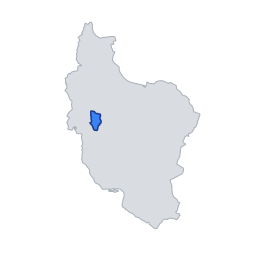 Iran, with Chahar Mahall and Bakhtiari highlighted, rotated 28°
{"feature_id": "IRN-3218", "entity_name": "Chahar Mahall and Bakhtiari", "entity_type": "Province", "adm_level": 1, "iso_a3": "IRN", "parent_name": "Iran", "parent_adm1": "", "projection": "orthographic", "projection_center": [50.632, 31.874], "detail": "fine", "context": "in_parent", "style": "filled", "palette": "blue", "viewbox_px": 256, "rotation_deg": 28, "n_neighbors": 0, "source": "natural_earth", "source_scale": "10m", "svg_char_len": 4430}
<svg xmlns="http://www.w3.org/2000/svg" viewBox="0 0 256 256"><g transform="rotate(28 128 128)"><path d="M123.3,78.4L125.7,78.5L129.9,76.9L130.3,76.5L131.5,73.5L132.9,72.1L135.4,70.5L137.0,69.9L142.8,69.8L143.2,68.6L144.1,67.9L150.4,67.9L151.5,68.8L152.0,70.4L157.3,71.6L158.4,72.0L159.8,73.2L160.9,73.4L162.2,72.8L163.1,73.1L164.4,72.6L168.7,74.1L169.4,76.0L170.2,76.8L171.2,77.5L174.6,78.7L175.6,79.4L178.3,82.7L184.9,82.0L185.4,82.7L185.5,84.2L186.3,87.7L185.9,89.0L186.9,90.1L187.0,92.3L187.5,93.8L187.0,96.0L186.3,96.5L186.9,98.4L186.4,100.3L186.6,101.0L185.7,102.6L185.7,103.2L183.9,104.9L185.5,106.8L183.4,107.2L182.2,109.5L182.9,112.2L182.6,113.6L182.9,114.4L183.5,114.9L186.5,115.1L186.6,115.5L183.9,119.7L184.1,121.2L187.1,128.9L187.1,132.9L187.8,136.9L195.5,137.4L196.4,138.3L197.2,140.5L197.3,142.2L197.2,143.1L189.6,154.3L194.4,159.1L194.7,160.2L197.8,165.0L200.5,167.3L204.9,168.2L207.0,169.9L208.8,169.6L208.9,172.2L210.1,177.5L209.7,180.0L211.3,180.3L213.6,179.7L214.5,180.1L215.0,180.9L214.5,181.5L214.8,183.6L214.2,184.1L214.2,186.1L210.7,186.6L207.5,187.8L206.4,188.7L205.9,190.2L204.8,190.2L204.5,190.7L202.2,192.0L201.8,196.1L201.0,197.2L200.8,203.0L200.2,203.2L199.2,204.3L191.9,203.0L191.1,201.7L190.3,201.5L189.4,203.0L185.7,202.5L184.5,202.9L183.8,202.5L181.8,202.7L180.3,201.9L176.4,202.9L173.9,201.7L171.4,201.5L168.2,201.7L165.6,200.8L164.3,201.3L163.6,200.6L159.8,200.1L158.4,197.6L158.3,196.3L157.3,194.1L156.8,190.8L155.9,188.5L154.2,186.6L149.8,185.7L147.5,186.4L145.9,187.6L143.2,188.4L141.1,190.7L139.9,190.6L134.9,193.8L133.8,193.8L129.9,191.9L128.2,191.6L124.8,191.8L122.9,190.5L122.3,189.5L117.8,187.5L115.0,185.6L114.1,183.8L112.9,182.5L110.2,181.5L108.7,180.4L104.5,180.0L101.6,177.2L101.5,176.2L99.8,173.1L99.5,170.8L99.1,170.2L97.7,169.3L97.4,168.7L97.7,167.3L95.9,166.4L95.6,165.7L95.6,163.4L91.2,158.1L90.3,155.1L89.5,155.0L85.5,156.9L84.3,155.8L80.9,153.9L80.4,153.1L81.3,152.8L82.2,153.2L82.7,152.8L82.5,152.1L81.6,151.7L80.4,151.7L80.8,152.3L79.6,152.9L79.4,153.6L79.6,155.8L79.2,156.5L77.3,156.8L76.1,157.5L75.1,156.6L74.9,155.0L74.2,154.0L73.3,153.6L72.6,152.5L71.4,152.0L71.4,146.4L68.4,146.2L68.5,141.9L70.0,137.7L67.2,133.9L66.1,130.9L65.3,130.3L63.8,130.4L59.0,126.3L57.3,125.2L55.0,124.8L54.7,123.4L55.4,121.9L54.4,119.9L54.0,119.3L53.1,119.0L53.2,117.8L51.9,117.8L49.8,114.2L49.1,113.7L50.5,111.2L49.7,109.0L50.4,107.2L51.6,107.4L52.0,105.0L54.3,102.6L56.2,101.7L56.4,100.9L56.1,99.6L55.0,97.9L55.2,96.5L55.6,95.8L57.6,95.1L57.7,94.8L56.8,94.3L53.4,94.1L51.7,92.4L50.0,91.9L49.1,88.2L48.9,87.8L48.1,87.6L47.6,86.9L47.4,84.5L46.3,83.3L45.6,79.7L45.5,78.9L45.9,78.1L44.1,76.4L44.1,74.1L44.5,73.5L42.4,71.7L41.5,71.6L41.4,71.3L43.1,67.7L43.7,66.9L42.5,66.2L42.6,64.4L42.4,62.9L42.6,61.5L41.9,60.4L41.7,59.7L42.1,58.1L41.3,57.3L41.0,55.6L44.0,55.3L44.7,52.8L45.9,51.7L47.7,53.1L50.1,57.4L51.6,58.7L52.7,60.2L58.4,61.9L59.6,61.5L61.6,61.6L64.2,59.1L65.3,58.8L68.3,56.4L71.9,54.1L73.8,53.8L76.4,56.8L74.8,57.7L74.5,58.5L74.7,59.2L75.9,60.0L76.0,60.9L75.6,61.3L74.0,61.7L73.5,62.5L75.2,64.0L76.0,65.2L77.0,65.5L78.4,67.4L80.7,67.1L81.1,71.6L82.3,75.3L84.8,76.9L91.2,78.2L91.9,78.9L92.9,80.9L94.6,82.4L99.6,85.2L105.1,86.6L108.8,86.4L122.2,82.9L123.5,82.8L121.5,83.7L122.3,84.1L124.0,84.0L124.4,83.7L124.4,83.1L123.3,78.4ZM148.3,188.7L147.5,190.1L146.2,191.2L145.2,190.9L141.2,192.7L140.1,192.6L140.0,192.1L144.3,190.1L144.5,189.6L144.2,188.7L145.7,189.0L147.2,188.1L148.5,187.9L149.2,188.4L148.3,188.7Z" fill="#d9dde1" stroke="#a8b0b8" stroke-width="1"/><path d="M97.1,128.9L97.4,129.2L97.5,129.7L97.6,129.9L97.9,130.0L98.0,130.1L98.1,130.5L98.3,130.8L98.2,131.5L98.3,132.4L99.5,133.3L99.9,133.7L101.0,134.5L101.5,135.4L101.7,136.5L101.4,137.1L101.0,137.3L101.0,137.7L101.2,138.0L101.4,138.3L101.5,138.7L101.1,138.8L100.8,139.0L100.7,139.6L100.9,140.8L101.8,143.6L101.8,144.4L101.7,144.8L101.3,144.8L100.8,144.9L100.3,145.3L99.8,145.6L98.8,145.4L98.4,145.4L95.0,142.4L94.8,142.4L94.3,142.4L92.7,141.7L92.0,141.3L92.4,140.7L92.9,140.1L92.9,139.6L92.6,139.0L91.9,138.2L91.7,137.9L91.2,137.4L91.0,137.0L90.7,136.4L90.4,135.5L90.3,135.2L90.2,135.0L89.7,134.9L89.6,134.7L89.4,134.6L89.2,134.3L88.9,133.6L87.6,131.4L87.4,130.7L87.4,130.4L89.2,129.5L89.8,129.6L90.1,129.5L90.4,129.4L90.8,129.3L91.3,129.6L91.9,130.1L92.5,130.1L92.9,130.0L93.2,130.1L93.6,130.0L94.6,129.4L95.0,129.3L96.1,129.3L96.5,129.2L96.7,128.9L97.1,128.9Z" fill="#3b82f6" stroke="#1e3a8a" stroke-width="1.5"/></g></svg>